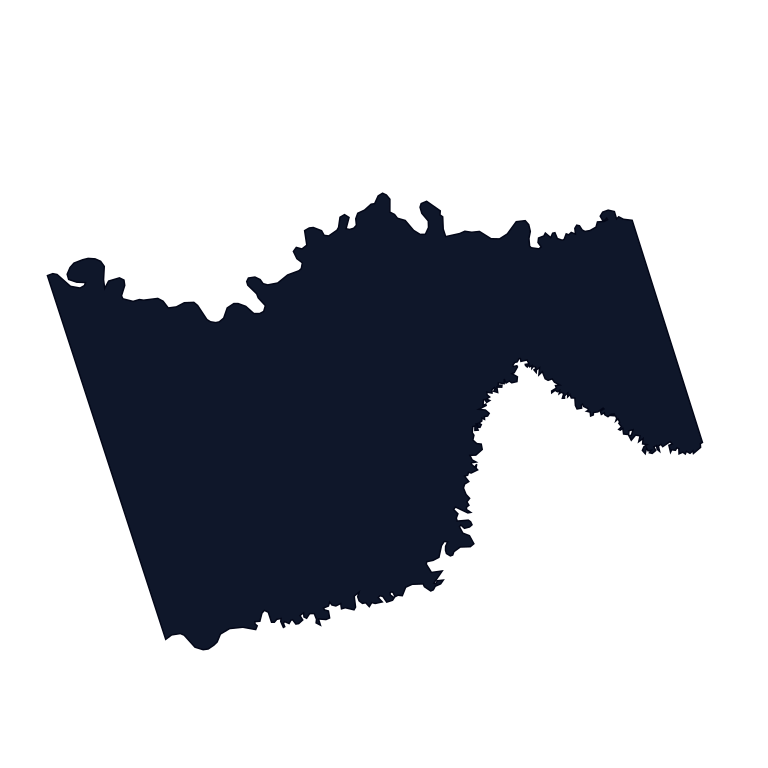 Puerto Arica, Amazonas, Colombia (Mercator projection), rotated 162°
{"feature_id": "7082276B12752174373355", "entity_name": "Puerto Arica", "entity_type": "district", "adm_level": 2, "iso_a3": "COL", "parent_name": "Colombia", "parent_adm1": "Amazonas", "projection": "mercator", "projection_center": [-71.635, -1.936], "detail": "fine", "context": "isolated", "style": "filled", "palette": "ink", "viewbox_px": 768, "rotation_deg": 162, "n_neighbors": 0, "source": "geoboundaries", "source_scale": "gbopen_adm2", "svg_char_len": 6169}
<svg xmlns="http://www.w3.org/2000/svg" viewBox="0 0 768 768"><g transform="rotate(162 384 384)"><path d="M670.6,591.1L670.5,208.6L663.5,211.0L654.8,209.6L651.7,206.9L645.1,192.1L638.1,187.2L633.1,186.3L626.5,188.2L622.4,190.2L616.9,196.7L606.4,199.1L593.4,196.3L581.9,190.1L579.3,193.2L580.8,195.6L580.3,197.9L575.4,196.7L570.9,203.8L567.7,205.7L564.6,202.7L564.6,192.2L561.9,191.3L558.7,193.3L554.3,192.8L555.6,190.0L554.9,183.6L553.4,183.9L553.6,187.4L552.0,188.8L548.3,185.5L545.5,188.1L543.8,188.1L542.0,182.9L539.2,182.5L534.2,184.7L535.5,189.7L531.2,191.2L532.1,187.2L530.0,185.1L525.7,188.6L521.3,187.2L520.9,181.0L522.4,177.8L519.0,174.3L518.9,180.8L512.0,177.9L508.0,178.3L507.0,185.3L510.5,187.6L510.7,189.7L505.5,190.0L503.0,193.4L501.9,190.0L498.4,187.8L493.0,188.6L493.9,183.3L490.0,183.2L482.3,178.5L480.0,180.6L477.9,191.4L472.0,193.8L474.8,189.8L474.7,185.5L472.3,182.0L469.0,181.6L466.8,176.8L463.2,179.9L460.2,178.0L453.0,177.3L455.5,182.6L453.4,183.9L450.8,182.4L448.8,175.7L442.7,175.7L440.3,177.6L443.2,181.4L442.9,183.4L441.2,184.0L439.9,183.1L439.2,178.3L436.0,178.8L432.0,177.0L426.2,184.0L419.1,184.8L408.6,181.8L408.2,178.7L403.5,172.7L400.7,173.0L397.8,175.8L391.9,176.4L388.2,179.2L394.1,180.4L396.3,178.0L398.2,179.2L386.4,188.2L397.1,190.1L399.5,199.6L398.2,201.8L391.8,201.1L385.3,202.2L379.3,212.5L375.3,215.7L372.3,214.1L375.6,210.6L376.9,206.8L377.0,203.5L374.0,200.0L371.5,200.1L369.4,202.9L361.9,205.4L352.2,202.6L347.9,204.3L349.6,213.3L355.1,217.8L356.4,224.9L354.5,226.2L352.1,221.9L346.8,221.6L343.8,222.9L344.2,226.2L345.9,228.5L356.7,231.0L356.7,234.1L353.8,237.7L356.6,243.2L354.0,244.9L344.1,235.5L341.2,235.1L344.4,239.2L343.4,241.5L340.7,242.4L341.6,246.3L337.9,248.8L340.1,253.6L340.6,260.5L338.2,263.9L333.5,265.0L335.9,271.5L332.6,271.4L330.9,273.9L328.6,272.4L321.5,273.4L322.5,275.5L320.6,279.1L323.5,276.9L325.8,280.9L325.2,282.0L320.5,281.3L323.6,284.5L324.4,289.6L318.6,288.0L310.8,291.4L310.1,296.8L314.2,298.7L316.8,303.3L314.3,307.5L315.1,310.4L312.7,316.1L310.5,315.9L311.9,311.8L308.7,311.0L308.9,317.7L307.5,317.5L307.5,313.7L306.1,313.1L304.0,315.3L305.8,317.5L302.4,318.6L301.5,321.3L299.3,319.3L298.6,322.0L295.4,321.5L293.0,323.6L295.6,327.9L301.8,330.7L293.5,332.0L293.5,333.4L296.4,333.1L294.2,338.3L293.0,338.2L292.0,334.8L288.5,335.6L291.3,338.1L287.5,339.0L289.3,341.8L288.8,344.5L284.1,342.0L283.0,345.3L280.1,346.5L279.6,345.3L281.9,343.2L278.5,340.8L277.6,346.2L273.0,344.6L272.2,346.4L275.8,347.7L274.8,349.8L269.6,347.2L268.1,351.6L267.6,347.2L263.9,348.1L262.2,345.7L256.8,345.2L254.9,349.6L259.2,354.3L256.7,354.5L251.8,359.0L252.0,360.3L255.5,360.7L255.6,362.2L253.0,364.1L250.5,363.9L247.7,366.5L246.4,366.1L246.8,363.2L240.6,362.6L239.8,358.4L243.6,359.0L243.7,357.9L242.5,355.9L240.8,357.5L240.2,355.3L237.5,355.9L238.5,353.3L236.3,354.6L234.7,353.2L234.7,351.8L237.0,351.1L235.7,347.9L234.6,350.4L231.0,351.5L233.9,344.8L229.6,346.8L229.1,339.2L226.8,336.8L222.5,336.9L221.3,333.0L217.1,328.7L221.4,329.5L221.4,326.8L226.7,325.6L227.2,323.8L223.2,325.1L221.5,323.1L218.9,323.7L220.5,320.6L218.1,321.4L216.0,319.5L218.8,315.3L216.7,314.7L216.0,317.0L211.9,318.7L213.3,315.0L210.3,316.5L210.2,312.8L206.8,311.7L208.6,304.5L208.1,300.6L203.5,300.0L202.8,303.1L201.4,303.5L201.1,301.0L197.8,297.8L197.6,295.9L199.7,295.5L196.6,293.5L197.4,289.7L194.5,289.9L193.6,292.2L189.2,291.4L183.1,293.4L182.5,292.3L186.7,291.3L186.7,287.9L183.3,288.5L183.5,286.5L181.1,283.7L177.4,285.1L174.2,284.3L174.4,283.2L176.0,284.4L177.7,283.8L173.6,282.1L173.3,279.5L174.9,277.3L172.1,278.5L171.7,274.8L172.8,274.1L171.3,269.9L174.8,268.3L173.6,267.1L170.6,268.0L171.6,262.4L167.0,260.3L165.4,263.8L161.3,263.6L164.6,258.7L167.1,259.3L166.2,254.1L160.5,257.7L156.5,255.5L159.6,250.4L154.4,252.1L156.6,247.1L152.5,245.1L156.2,244.0L158.8,241.0L157.1,237.0L154.1,242.1L153.5,238.8L150.3,238.4L152.8,236.6L150.4,235.1L146.1,236.8L146.8,240.8L143.8,241.3L144.4,237.5L142.7,234.8L142.2,240.3L139.2,241.0L138.3,238.3L129.7,240.8L128.4,237.8L132.0,237.7L132.6,230.5L130.7,232.5L127.3,230.9L125.1,232.9L123.6,231.3L125.0,226.4L120.9,226.8L119.1,224.3L117.2,226.5L114.4,223.5L110.9,225.0L111.2,222.3L102.5,225.9L101.6,229.5L99.2,230.0L97.4,463.0L105.4,466.7L109.1,470.5L111.8,469.1L111.6,476.8L117.1,480.1L122.9,479.9L126.5,476.8L125.5,472.1L123.6,471.5L120.9,473.0L120.5,471.2L124.1,470.5L130.9,472.2L133.9,467.7L140.7,466.3L145.7,467.0L147.9,469.2L149.2,474.1L151.6,475.5L154.4,473.1L155.6,467.4L159.1,470.3L162.1,468.8L164.3,470.5L168.1,465.8L170.1,465.7L174.2,468.8L174.7,475.1L177.0,475.3L180.2,471.7L183.9,477.7L186.2,475.4L191.9,475.1L193.8,471.0L192.1,465.8L194.9,464.7L201.9,468.1L202.9,470.1L201.2,477.6L197.7,483.9L197.1,490.8L199.2,495.7L208.1,497.5L220.4,488.6L229.3,486.3L237.3,489.1L246.1,499.6L253.7,501.2L259.9,504.3L265.5,503.7L279.8,505.1L279.8,513.1L276.5,524.9L278.5,527.6L277.0,531.3L287.0,544.6L292.9,544.1L295.1,541.0L295.3,534.7L291.5,525.4L293.3,519.1L298.4,513.6L303.4,515.1L308.4,521.0L313.3,533.0L320.0,537.5L321.6,542.0L325.3,545.7L321.3,557.9L323.3,563.0L326.4,565.9L331.4,564.7L337.2,558.4L340.7,559.0L348.8,555.4L356.2,554.5L359.8,549.9L361.2,543.5L364.7,541.5L369.0,541.6L372.1,543.4L365.8,553.2L369.2,557.3L374.3,556.2L378.8,547.0L381.2,544.8L390.8,541.9L395.0,543.9L396.0,549.1L402.9,554.7L406.9,555.5L412.1,554.4L414.5,539.9L420.3,537.8L425.2,541.0L429.2,538.1L428.1,530.1L424.2,524.5L427.0,519.3L429.9,518.0L442.0,517.5L453.9,512.9L464.0,514.2L468.0,516.8L469.5,521.6L473.7,525.6L480.2,526.7L482.9,523.9L483.0,520.1L477.2,509.1L477.0,504.8L472.6,495.2L476.0,490.2L480.5,489.4L486.0,491.2L491.5,500.6L497.9,505.6L502.0,506.9L509.6,504.8L516.1,496.2L521.5,494.0L525.1,494.4L529.8,496.8L532.5,500.0L537.0,516.3L539.6,520.4L548.8,523.0L557.7,521.5L565.7,523.0L568.5,531.0L572.7,535.3L586.7,538.0L590.5,539.9L597.1,540.1L606.0,545.7L606.4,549.0L600.1,557.9L599.2,563.2L602.8,566.7L614.1,567.0L620.1,561.2L618.5,569.8L613.7,582.3L615.6,588.3L620.1,592.3L626.6,594.9L632.2,595.3L641.5,594.8L646.6,591.8L651.4,586.3L651.6,580.9L644.8,575.8L636.5,572.7L638.5,570.2L643.4,569.2L652.0,573.8L661.1,589.2L664.9,591.3L670.6,591.1Z" fill="#0f172a" stroke="#020617" stroke-width="1.5"/></g></svg>